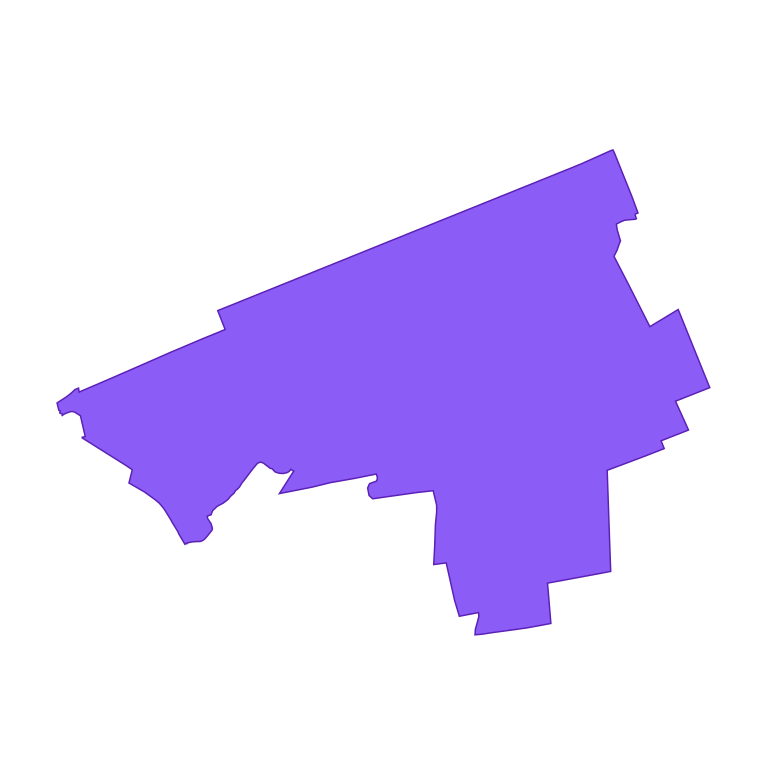 the district of Troianul, Teleorman, Romania, rotated 273°
{"feature_id": "2599482B81423793179318", "entity_name": "Troianul", "entity_type": "district", "adm_level": 2, "iso_a3": "ROU", "parent_name": "Romania", "parent_adm1": "Teleorman", "projection": "orthographic", "projection_center": [24.994, 44.017], "detail": "fine", "context": "isolated", "style": "filled", "palette": "violet", "viewbox_px": 768, "rotation_deg": 273, "n_neighbors": 0, "source": "geoboundaries", "source_scale": "gbopen_adm2", "svg_char_len": 2391}
<svg xmlns="http://www.w3.org/2000/svg" viewBox="0 0 768 768"><g transform="rotate(273 384 384)"><path d="M397.4,709.5L473.8,673.9L455.2,646.5L497.2,622.4L523.5,607.0L530.0,609.8L536.9,611.8L539.2,612.7L550.2,608.8L555.9,607.7L558.7,612.6L560.2,615.9L561.1,622.2L561.7,626.5L562.3,627.4L565.7,626.0L566.8,626.0L568.1,628.7L584.6,621.6L607.0,611.2L626.4,602.2L629.1,600.8L629.7,600.5L629.2,598.8L613.6,568.3L448.6,214.1L430.1,222.5L420.1,201.3L404.1,168.4L387.2,134.8L372.5,105.3L360.0,79.9L363.9,79.2L362.5,76.1L361.8,75.2L359.5,73.1L356.4,69.7L354.3,67.2L353.5,66.1L348.0,58.5L340.6,60.7L340.1,62.2L338.1,61.7L336.7,65.2L335.2,63.8L337.1,66.0L338.4,68.6L340.0,72.5L340.2,74.2L339.8,76.4L336.4,82.5L330.5,84.2L315.9,88.4L315.0,85.4L314.3,85.5L289.1,130.7L285.2,137.1L271.8,134.5L263.6,150.5L256.9,160.9L253.5,165.5L251.4,167.6L251.1,167.9L248.9,169.9L247.2,171.3L242.3,174.7L237.5,178.0L234.3,180.0L231.6,181.9L226.0,185.7L223.1,187.2L213.5,193.6L214.2,194.4L214.2,194.6L214.2,195.4L214.5,195.4L215.0,195.5L214.9,196.1L215.5,197.7L216.3,200.7L216.9,205.7L217.0,206.4L217.0,208.3L217.9,210.7L219.7,213.0L222.3,215.1L229.0,219.9L230.8,220.2L231.5,220.0L235.4,218.6L236.1,218.2L239.3,215.7L240.2,215.2L240.8,214.8L241.8,214.5L242.2,214.7L242.3,214.8L243.1,214.6L244.3,218.1L247.7,219.2L248.9,219.8L253.1,223.8L254.9,226.7L256.5,229.5L260.4,234.1L262.3,235.5L263.7,236.5L267.1,239.9L270.2,241.6L271.0,242.8L272.9,244.5L273.8,245.2L275.8,246.3L278.1,247.5L280.0,249.0L292.1,257.2L293.8,258.5L297.7,261.4L298.5,262.5L299.1,263.4L299.4,264.9L299.2,266.5L298.8,267.3L298.4,268.2L293.8,274.8L293.5,276.7L290.5,279.8L289.4,283.9L289.3,287.7L289.6,289.0L290.0,290.4L290.3,291.5L291.6,293.8L293.9,295.4L293.8,295.5L292.3,298.4L269.1,285.3L277.2,317.5L282.6,335.3L288.2,359.6L293.7,381.0L291.3,382.0L288.8,382.3L286.6,381.5L283.8,374.8L279.3,373.1L271.9,374.9L268.8,378.7L277.4,422.8L280.0,438.7L265.7,442.9L258.9,443.3L246.9,442.7L224.9,443.1L206.3,443.1L208.6,455.5L171.7,465.8L156.0,471.4L160.7,490.3L157.0,490.9L151.5,489.8L143.8,488.1L138.3,488.0L139.3,495.3L139.4,495.7L140.3,500.0L140.4,500.3L141.2,504.3L147.9,539.4L153.6,563.2L188.1,558.5L193.7,557.7L207.2,614.1L208.0,617.2L208.7,620.2L230.1,618.3L246.1,616.9L309.5,611.4L316.9,628.4L326.6,650.5L328.0,653.6L334.2,667.2L341.8,663.7L354.0,690.5L382.1,676.0L391.3,696.1L397.4,709.5Z" fill="#8b5cf6" stroke="#5b21b6" stroke-width="1.5"/></g></svg>